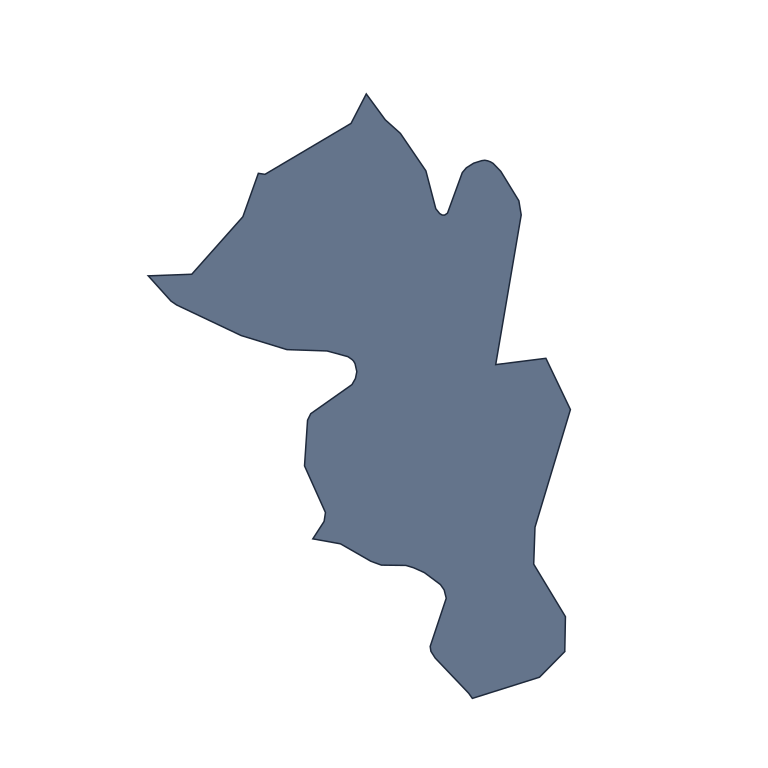 an SVG outline of Richmond upon Thames, rotated 109°
{"feature_id": "GBR-2075", "entity_name": "Richmond upon Thames", "entity_type": "London Borough", "adm_level": 1, "iso_a3": "GBR", "parent_name": "United Kingdom", "parent_adm1": "", "projection": "mercator", "projection_center": [-0.302, 51.436], "detail": "fine", "context": "isolated", "style": "filled", "palette": "slate", "viewbox_px": 768, "rotation_deg": 109, "n_neighbors": 0, "source": "natural_earth", "source_scale": "10m", "svg_char_len": 987}
<svg xmlns="http://www.w3.org/2000/svg" viewBox="0 0 768 768"><g transform="rotate(109 384 384)"><path d="M652.5,198.1L648.8,203.3L626.5,246.3L621.5,252.6L617.1,254.9L566.3,255.4L559.1,260.1L555.3,265.3L549.2,284.4L548.1,296.2L548.4,304.2L556.1,327.5L555.9,338.6L549.3,373.1L553.6,400.9L533.4,395.9L524.6,397.5L487.3,432.5L443.1,444.5L435.9,443.6L395.0,414.1L388.1,412.8L381.2,413.7L374.2,418.0L372.2,420.3L371.3,422.1L369.9,427.0L371.3,448.6L383.1,487.0L384.7,534.8L376.8,605.7L375.0,612.3L358.5,642.1L342.8,601.5L271.8,571.9L225.7,571.4L224.5,564.8L148.3,500.0L115.5,495.2L133.8,468.8L141.7,450.1L168.8,413.8L201.4,392.1L204.7,386.9L205.3,384.0L204.6,381.7L201.8,379.6L158.6,378.8L152.7,376.5L146.0,371.1L141.0,364.3L139.6,361.5L139.2,358.5L139.3,355.5L139.9,352.6L144.9,342.8L166.9,316.1L179.5,309.3L329.3,284.7L307.0,239.3L347.5,199.4L470.3,194.6L505.6,183.8L544.9,136.7L577.4,126.2L578.0,125.9L610.6,141.5L652.5,198.1Z" fill="#64748b" stroke="#1e293b" stroke-width="1.5"/></g></svg>